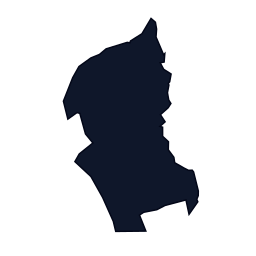 Pembroke Lea-5, Dublin, Ireland (Equal Earth projection), rotated 261°
{"feature_id": "5873133B13038954384182", "entity_name": "Pembroke Lea-5", "entity_type": "district", "adm_level": 2, "iso_a3": "IRL", "parent_name": "Ireland", "parent_adm1": "Dublin", "projection": "equal_earth", "projection_center": [-6.232, 53.323], "detail": "fine", "context": "isolated", "style": "filled", "palette": "ink", "viewbox_px": 256, "rotation_deg": 261, "n_neighbors": 0, "source": "geoboundaries", "source_scale": "gbopen_adm2", "svg_char_len": 891}
<svg xmlns="http://www.w3.org/2000/svg" viewBox="0 0 256 256"><g transform="rotate(261 128 128)"><path d="M79.8,176.9L86.4,168.7L91.9,168.7L100.2,164.4L108.1,165.8L114.4,160.9L123.4,162.3L124.6,159.8L128.3,165.6L136.1,162.1L141.7,170.8L145.5,174.2L149.3,172.6L156.7,172.5L164.0,175.1L165.9,174.8L167.1,176.4L174.6,179.0L180.4,172.4L187.4,170.0L187.5,174.0L195.8,176.0L194.8,174.6L213.5,169.9L221.2,171.7L228.2,171.6L232.6,167.9L218.9,156.5L213.6,144.1L211.8,143.1L212.7,140.7L209.6,118.8L205.1,111.3L203.0,102.3L196.4,89.2L186.4,81.3L164.6,68.4L146.2,70.0L151.2,80.0L150.0,82.7L128.8,85.1L118.7,91.0L110.0,75.8L103.1,70.3L85.9,83.8L63.4,92.1L38.1,98.9L27.8,99.7L23.4,129.5L40.2,125.7L42.3,130.3L42.8,143.7L45.7,152.4L47.9,174.0L33.2,174.8L44.2,185.4L46.9,184.8L50.2,186.8L54.8,187.6L74.3,185.9L76.3,184.8L76.7,181.2L79.8,176.9Z" fill="#0f172a" stroke="#020617" stroke-width="1.5"/></g></svg>